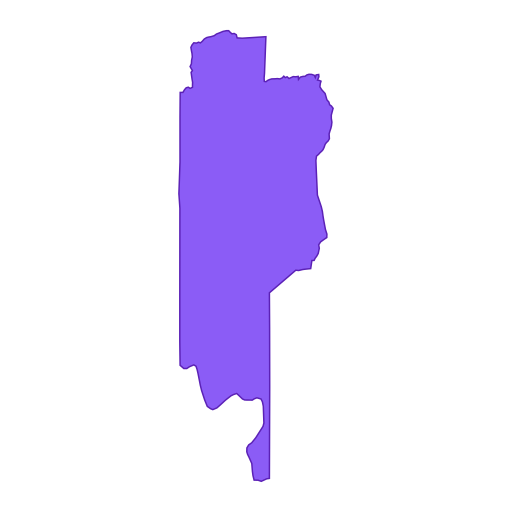 Crato, Ceará, Brazil (Equal Earth projection)
{"feature_id": "56859067B48874819584057", "entity_name": "Crato", "entity_type": "district", "adm_level": 2, "iso_a3": "BRA", "parent_name": "Brazil", "parent_adm1": "Ceará", "projection": "equal_earth", "projection_center": [-39.462, -7.289], "detail": "fine", "context": "isolated", "style": "filled", "palette": "violet", "viewbox_px": 512, "rotation_deg": 0, "n_neighbors": 0, "source": "geoboundaries", "source_scale": "gbopen_adm2", "svg_char_len": 2294}
<svg xmlns="http://www.w3.org/2000/svg" viewBox="0 0 512 512"><path d="M326.8,237.5L326.9,234.1L325.4,229.3L323.7,220.2L323.0,216.0L322.4,211.5L321.3,206.8L317.4,195.1L317.0,186.2L316.3,170.8L315.9,160.5L316.5,156.1L318.5,154.4L320.1,152.6L321.7,151.2L323.0,149.7L324.1,147.4L325.1,144.4L326.4,142.6L328.1,141.0L329.4,138.7L329.1,133.9L329.9,131.1L330.8,128.5L331.5,125.7L331.9,122.2L331.3,118.3L331.3,115.1L333.1,108.3L331.4,106.0L329.6,104.7L328.9,102.1L326.9,99.8L325.1,93.5L321.6,89.6L319.9,86.8L320.3,83.5L321.0,81.2L319.4,80.5L317.5,80.1L318.9,76.8L318.7,74.5L316.1,74.9L315.3,77.5L314.3,75.3L311.7,74.4L309.0,74.3L306.9,74.9L305.1,76.3L303.0,76.4L300.3,77.1L298.5,79.4L298.2,76.4L295.7,76.8L293.2,76.6L291.2,77.5L289.0,78.5L287.1,76.8L285.2,77.6L283.8,76.2L282.2,77.9L279.9,78.9L277.3,78.6L275.1,78.8L271.8,78.9L269.4,79.6L267.5,80.5L266.0,81.7L264.3,81.4L264.1,78.0L264.5,73.4L265.9,36.7L242.3,38.2L237.1,37.9L236.3,34.7L234.2,33.5L231.9,33.8L230.1,32.2L228.7,30.7L226.4,30.7L223.0,31.4L219.4,32.9L216.5,34.0L214.2,35.7L210.9,36.7L208.5,37.1L206.6,37.6L204.3,39.0L202.2,41.4L200.4,42.9L198.6,42.2L196.4,43.1L193.8,42.8L192.0,45.0L190.9,47.4L191.5,51.0L192.0,53.4L192.3,56.9L191.6,60.3L191.4,63.8L190.1,66.6L192.4,70.6L191.1,72.3L191.6,75.9L192.1,79.4L192.6,82.3L192.5,85.0L192.5,87.3L190.1,88.4L188.3,87.2L186.2,87.8L184.6,89.6L182.9,92.4L180.2,92.4L180.0,117.0L180.0,130.2L180.0,133.6L180.0,162.1L178.9,193.7L179.9,208.4L179.8,298.4L179.8,341.4L180.1,365.3L183.8,368.5L186.8,368.5L189.5,366.7L193.8,364.9L196.0,366.2L197.1,369.5L197.9,372.9L199.6,381.5L200.3,385.2L201.6,390.5L204.7,400.0L207.3,406.4L210.6,408.7L212.8,409.6L216.9,407.9L220.2,405.0L225.5,400.1L231.0,395.8L233.6,394.5L236.7,393.5L239.1,395.7L242.5,399.0L244.8,400.0L252.3,400.1L254.3,398.8L256.9,397.8L261.0,399.0L262.4,401.8L263.3,406.2L263.9,423.0L263.0,426.4L255.8,437.7L251.7,442.8L248.7,444.9L246.9,447.9L246.8,451.8L247.6,454.4L249.0,457.2L251.8,463.5L252.4,471.3L253.0,475.7L254.1,480.1L258.0,480.2L261.3,481.3L266.7,478.8L269.4,478.4L269.7,387.2L269.6,328.5L269.4,292.8L295.8,270.2L298.6,270.5L302.8,269.5L305.9,269.1L310.7,268.6L311.9,260.5L314.1,260.4L315.1,258.3L316.7,256.2L318.2,253.5L319.3,248.3L318.7,244.8L320.6,241.9L323.6,239.7L326.8,237.5Z" fill="#8b5cf6" stroke="#5b21b6" stroke-width="1.5"/></svg>